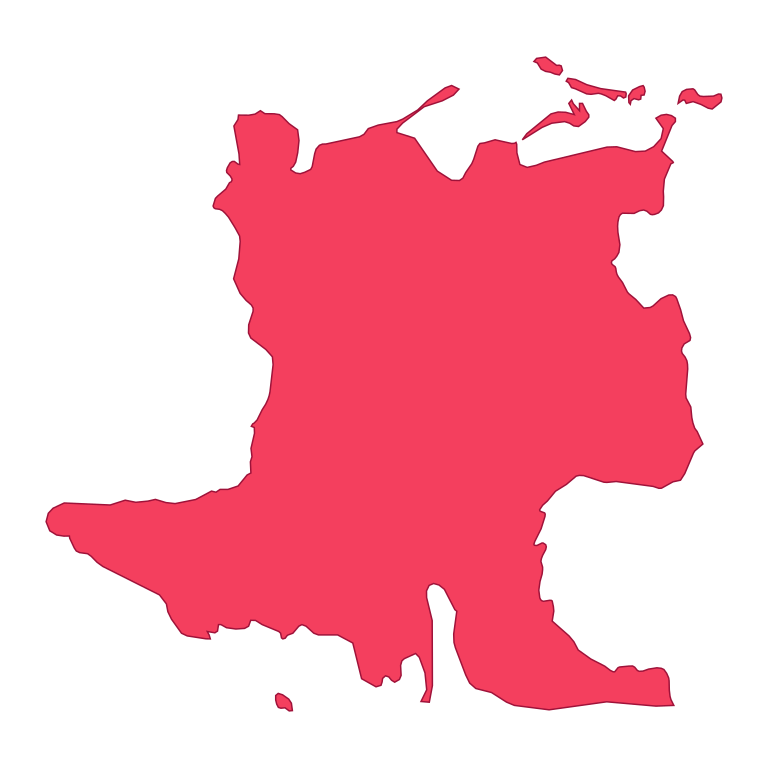 Matanzas, Equal Earth projection
{"feature_id": "CUB-1430", "entity_name": "Matanzas", "entity_type": "Province", "adm_level": 1, "iso_a3": "CUB", "parent_name": "Cuba", "parent_adm1": "", "projection": "equal_earth", "projection_center": [-81.101, 22.655], "detail": "fine", "context": "isolated", "style": "filled", "palette": "rose", "viewbox_px": 768, "rotation_deg": 0, "n_neighbors": 0, "source": "natural_earth", "source_scale": "10m", "svg_char_len": 6059}
<svg xmlns="http://www.w3.org/2000/svg" viewBox="0 0 768 768"><path d="M238.5,115.1L248.8,115.2L255.1,114.1L260.4,110.7L264.9,113.7L274.1,113.8L279.4,114.6L282.2,116.7L289.1,123.7L297.6,129.8L299.0,140.5L297.7,152.8L295.7,162.1L293.3,166.3L290.8,168.3L290.8,169.9L295.7,173.0L300.2,173.7L304.7,172.3L310.7,169.4L312.2,166.6L314.7,153.6L316.1,149.1L319.4,145.3L322.4,144.1L326.0,144.0L359.5,136.8L364.0,134.3L368.3,128.6L378.2,125.1L396.9,121.6L402.9,119.0L417.7,110.0L427.4,100.8L445.1,87.9L451.6,85.5L459.0,89.1L453.4,95.1L442.3,100.8L424.2,106.7L402.6,123.1L396.9,129.2L396.9,132.6L414.6,138.2L437.3,171.1L451.6,180.3L459.5,180.5L462.9,178.1L465.7,172.6L471.8,163.7L473.7,159.3L477.9,146.2L479.9,143.5L484.4,142.9L495.1,139.8L511.7,143.5L514.5,143.3L516.0,142.4L516.7,144.3L516.9,152.8L519.9,164.5L527.2,167.4L536.3,165.3L544.4,162.1L607.0,147.1L616.8,146.8L635.4,151.6L645.3,151.1L653.7,146.7L661.1,138.6L663.3,128.6L655.9,118.2L661.1,115.2L666.5,114.4L671.5,115.6L675.4,118.2L675.4,121.6L672.0,125.5L661.6,151.1L672.8,161.5L673.3,162.6L670.8,163.9L664.4,179.1L663.3,191.3L663.6,196.8L663.4,205.7L661.4,210.0L658.5,212.9L654.5,214.4L652.2,214.7L650.4,214.3L646.9,211.2L643.7,210.0L639.7,210.7L634.1,213.4L622.4,213.2L620.4,214.6L619.0,216.9L617.9,222.0L617.6,226.2L617.9,232.2L619.9,244.7L618.9,252.4L616.7,256.3L614.7,258.8L611.9,260.8L611.4,262.8L612.1,264.4L615.1,266.7L615.8,268.4L616.3,271.9L617.0,274.4L618.4,277.0L622.5,282.5L627.4,292.1L629.0,293.9L635.7,299.4L643.8,308.1L650.2,307.5L653.1,305.9L661.0,298.7L668.8,295.0L672.7,294.9L675.6,296.6L676.7,298.6L680.6,309.7L683.5,320.8L689.5,333.6L690.6,337.6L690.0,340.4L684.2,343.9L681.9,347.9L681.5,351.0L682.2,353.4L685.1,357.1L686.9,360.8L687.5,364.3L687.7,369.0L685.7,394.1L686.1,398.0L690.8,407.0L691.8,417.5L692.9,422.9L694.7,428.2L697.2,431.6L702.9,444.0L694.9,450.8L693.5,453.0L684.8,473.5L680.5,480.2L673.0,481.8L661.5,488.2L658.9,488.3L653.1,486.4L616.2,481.5L606.9,482.4L603.9,482.2L583.7,475.6L579.3,475.4L576.2,476.1L566.4,484.4L555.5,491.2L547.4,501.0L542.6,505.3L539.6,509.8L539.8,510.8L540.9,511.5L544.6,512.9L545.2,514.1L545.0,516.4L541.1,528.8L534.8,541.4L533.9,544.2L534.4,545.3L536.9,545.5L542.0,543.0L543.1,543.0L545.7,544.7L546.3,546.8L545.7,549.6L542.6,555.4L541.4,558.6L540.9,561.4L542.6,567.1L542.6,569.9L542.1,574.1L540.0,581.5L538.8,590.2L539.8,597.9L540.6,599.6L541.7,600.7L543.4,601.3L549.8,600.3L551.4,600.4L552.2,601.0L553.4,606.7L553.8,611.1L552.2,621.1L569.0,635.9L573.9,641.8L578.2,650.0L590.8,659.0L604.8,666.2L610.3,670.4L613.2,671.8L614.7,671.8L618.0,667.7L619.6,667.0L628.9,666.1L632.6,666.0L634.7,667.2L637.3,670.4L639.1,671.3L642.9,671.1L648.6,669.1L656.9,667.8L661.3,668.3L663.9,669.5L666.7,673.4L668.7,678.0L669.1,680.8L669.3,690.1L670.0,696.2L670.9,699.5L673.8,705.4L656.0,706.1L606.7,701.8L549.1,709.8L514.4,705.4L506.5,702.1L491.5,692.5L475.8,688.5L469.7,683.1L465.7,674.9L455.4,647.7L454.0,642.5L453.7,634.0L456.8,611.2L454.9,609.7L444.4,589.3L439.0,585.0L433.6,583.5L429.1,585.4L426.5,590.9L426.6,597.6L432.2,620.6L432.4,685.6L429.3,702.2L421.0,701.5L426.7,689.8L425.0,672.9L419.3,657.3L415.6,653.5L404.4,658.6L401.9,660.8L400.6,665.4L401.1,675.4L399.4,679.5L394.7,682.2L391.5,680.2L388.8,676.9L385.5,675.8L382.6,678.4L382.1,682.0L381.0,685.3L376.0,686.8L361.6,678.7L352.8,643.0L337.6,634.9L318.4,634.9L313.8,633.2L306.1,626.2L301.9,624.6L298.8,626.2L292.9,633.2L288.2,634.9L287.2,635.5L285.2,638.2L282.8,638.9L281.5,637.9L280.6,633.2L278.8,631.5L262.2,624.6L255.5,620.4L250.7,620.3L248.6,626.2L244.6,628.4L235.8,629.0L226.5,627.7L221.0,624.6L218.5,624.6L217.5,631.1L214.9,632.8L207.3,631.5L209.2,635.1L210.3,638.9L205.9,638.8L187.2,635.9L181.5,633.2L171.5,619.2L167.9,611.8L166.4,603.9L159.5,594.9L102.9,566.5L97.2,562.4L91.1,556.2L87.6,553.7L79.6,552.6L76.3,551.0L74.3,548.0L69.7,538.2L69.4,536.0L63.9,536.1L56.6,535.0L49.8,530.8L46.1,521.7L48.3,513.3L53.1,508.2L64.2,503.0L110.2,505.0L125.2,500.2L135.8,502.3L148.0,501.1L155.4,499.4L166.0,502.6L175.1,503.6L195.7,499.5L211.5,491.1L216.0,492.2L220.1,489.4L228.0,489.4L238.1,486.0L247.1,475.0L250.9,473.0L250.4,461.8L252.0,456.7L251.0,448.4L254.5,433.3L254.3,427.5L251.3,426.3L252.7,423.9L254.0,423.2L257.1,420.0L262.2,409.7L265.7,404.2L267.9,399.5L269.2,395.6L270.0,391.8L273.1,364.7L272.4,356.8L265.9,349.5L250.8,338.0L248.5,333.0L248.7,324.8L253.1,311.3L253.1,308.0L251.4,305.0L246.2,300.5L240.1,293.3L233.6,278.8L238.8,258.8L240.2,241.4L239.6,236.0L235.0,227.6L228.5,217.1L225.4,213.5L222.5,210.7L219.6,209.3L215.2,208.7L213.8,207.7L213.1,206.0L215.4,198.4L217.7,196.0L225.8,189.1L229.5,182.7L231.1,181.9L232.0,180.3L231.9,178.8L230.2,175.9L226.8,172.5L226.5,170.5L227.3,167.8L230.1,162.9L232.2,161.5L234.3,161.4L238.1,164.2L239.7,164.5L239.0,154.0L233.9,126.0L238.0,119.5L238.5,115.1ZM579.5,103.4L582.5,103.4L586.3,111.2L588.8,114.8L588.8,117.2L585.2,121.6L578.5,126.5L573.8,125.9L569.6,123.2L564.6,121.6L551.8,123.2L542.1,127.4L522.3,139.8L526.8,133.7L551.0,113.9L558.1,112.0L565.8,112.3L574.3,114.6L568.8,103.4L571.6,100.0L573.3,103.7L579.5,110.7L579.5,103.4ZM713.5,96.1L718.5,94.0L720.9,94.2L721.9,98.0L721.0,101.9L712.2,109.0L708.2,108.2L701.1,104.5L693.1,101.6L686.3,103.4L684.7,100.2L683.0,100.0L678.1,103.4L679.6,96.1L682.2,91.6L686.5,89.4L693.0,88.8L694.6,89.8L697.8,94.5L699.9,96.1L703.4,96.5L713.5,96.1ZM600.7,88.6L625.6,92.1L626.2,93.7L625.8,97.0L623.5,98.0L620.5,95.9L617.7,95.8L615.9,99.2L614.3,100.5L605.8,95.7L601.2,93.9L598.4,93.3L591.0,94.3L586.7,93.9L575.4,88.8L571.5,87.6L568.6,82.6L566.2,81.2L567.9,78.3L575.6,79.5L586.8,84.7L600.7,88.6ZM559.3,65.2L561.2,65.9L562.5,70.5L559.4,74.9L554.8,74.0L550.4,72.2L545.6,71.4L541.1,69.1L537.4,63.0L533.9,61.5L536.6,58.4L545.7,57.1L556.6,65.4L559.3,65.2ZM288.7,699.1L291.4,703.2L292.4,710.6L289.2,710.9L285.0,707.8L280.9,708.2L278.4,707.4L276.7,704.1L275.7,700.0L275.7,695.5L278.2,693.4L282.6,694.8L288.7,699.1ZM643.1,85.6L644.2,87.2L645.1,91.3L644.1,95.0L641.1,95.3L640.7,99.1L638.6,99.8L634.0,98.6L631.0,100.7L630.3,104.3L628.9,102.6L628.6,95.8L632.6,90.0L639.5,86.6L643.1,85.6Z" fill="#f43f5e" stroke="#9f1239" stroke-width="1.5"/></svg>